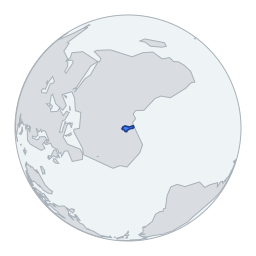 Benin highlighted on a globe, orthographic projection, rotated 254°
{"feature_id": "BEN", "entity_name": "Benin", "entity_type": "country or territory", "adm_level": 0, "iso_a3": "BEN", "parent_name": "Africa", "parent_adm1": "", "projection": "orthographic", "projection_center": [2.346, 9.3], "detail": "fine", "context": "on_globe", "style": "filled", "palette": "blue", "viewbox_px": 256, "rotation_deg": 254, "n_neighbors": 0, "source": "natural_earth", "source_scale": "50m", "svg_char_len": 9229}
<svg xmlns="http://www.w3.org/2000/svg" viewBox="0 0 256 256"><g transform="rotate(254 128 128)"><circle cx="128" cy="128" r="113" fill="#eef3f6" stroke="#a8b0b8"/><path d="M89.5,22.2L87.6,22.9L89.6,22.1L86.4,23.5L87.5,23.4L85.0,24.4L88.0,23.4L90.1,22.5L92.1,21.9L93.0,21.8L89.9,23.0L89.1,23.2L88.6,23.6L86.7,24.3L88.1,23.9L84.3,25.6L89.3,23.9L87.3,25.2L84.5,26.4L83.2,26.3L73.6,29.9L70.3,31.6L67.0,33.9L63.9,37.8L61.0,40.0L58.1,42.9L60.4,41.5L63.5,38.7L67.1,37.2L70.4,34.4L72.3,33.5L76.4,31.0L77.4,31.5L76.2,33.5L72.9,35.7L72.2,36.8L76.7,34.9L71.8,39.9L70.8,44.7L69.4,46.1L64.2,47.9L60.8,46.8L54.1,50.5L60.1,48.4L56.4,52.7L56.5,53.7L57.6,53.8L59.6,52.4L58.7,54.1L52.5,56.4L53.2,54.9L55.2,54.0L53.6,53.7L49.3,56.0L47.8,58.3L43.0,60.2L41.9,62.1L40.2,63.7L42.3,60.6L38.3,66.4L32.5,71.7L26.9,82.7L30.6,73.6L30.9,72.1L30.7,71.6L29.7,73.4L30.5,71.6L35.2,64.2L40.4,57.2L46.1,50.7L52.3,44.6L59.0,38.9L66.1,33.9L73.6,29.4L81.4,25.5L89.5,22.2ZM22.1,89.6L23.0,87.4L19.7,97.2L19.6,100.0L17.7,107.8L17.2,112.3L18.0,112.0L18.6,114.7L20.2,110.6L22.2,108.9L21.1,115.4L23.1,110.0L23.6,113.6L28.3,115.1L27.7,116.4L31.5,125.6L37.5,130.6L38.9,135.8L38.0,138.5L40.5,139.9L40.6,141.9L52.3,147.0L59.6,152.9L60.3,159.7L56.0,166.5L56.4,181.8L49.7,185.4L50.9,191.3L50.8,199.2L46.4,197.4L50.7,202.2L50.7,204.3L48.7,203.8L50.9,206.8L49.6,206.3L52.3,208.7L54.1,211.8L58.1,215.3L60.4,217.7L63.1,219.7L62.5,219.4L63.0,219.8L64.3,220.8L60.7,218.4L55.3,214.0L53.2,212.1L52.4,211.4L47.6,206.4L48.1,207.2L40.9,198.7L36.7,191.9L26.9,170.7L24.8,166.0L21.3,159.7L16.7,141.9L16.5,135.6L16.2,132.2L17.5,123.9L18.1,114.9L17.8,113.3L17.0,116.2L17.1,109.4L18.4,102.5L18.9,100.0L22.1,89.6ZM25.2,86.4L25.3,93.4L23.6,93.2L24.2,92.4L24.5,89.7L24.6,86.9L23.6,87.3L25.2,86.4ZM28.7,81.0L28.6,80.3L29.0,80.6L28.7,81.0ZM75.6,30.9L76.0,30.9L75.0,31.4L75.6,30.9ZM77.0,29.9L75.6,30.4L76.0,30.0L76.9,29.7L77.0,29.9ZM78.6,29.4L77.0,29.2L77.8,28.5L81.7,26.9L78.6,29.4ZM90.4,22.3L88.2,23.2L89.3,22.6L90.4,22.3ZM94.0,20.6L93.6,20.7L95.9,20.0L98.2,19.4L99.3,19.1L97.5,19.7L94.8,20.5L97.4,19.8L90.6,22.1L90.8,21.7L94.0,20.6ZM93.0,21.6L92.7,21.5L95.9,20.4L97.0,20.4L95.6,20.7L93.0,21.6ZM102.9,18.2L99.7,19.0L99.0,19.2L102.9,18.2ZM95.3,21.0L97.4,20.5L96.7,21.0L93.5,21.6L95.3,21.0ZM96.2,20.2L97.7,19.7L97.2,20.0L96.2,20.2ZM95.4,22.9L95.0,22.5L96.6,21.9L95.4,22.9ZM98.3,20.3L98.5,20.1L99.1,19.9L100.3,19.7L98.3,20.3ZM101.4,18.7L101.7,18.6L103.1,18.2L104.7,17.9L101.7,18.7L103.6,18.3L104.1,18.2L101.1,19.0L101.4,18.7ZM103.3,19.0L100.0,20.2L100.4,20.8L99.0,21.3L98.6,20.3L103.3,19.0ZM102.3,18.9L102.6,19.0L100.7,19.5L99.3,19.7L102.3,18.9ZM106.8,17.6L105.2,17.7L105.9,17.6L106.8,17.6ZM103.8,19.0L104.5,18.8L104.0,19.0L103.8,19.0ZM106.3,17.8L105.6,17.9L106.5,17.7L106.3,17.8ZM106.7,18.3L105.6,18.6L104.6,18.7L106.7,18.3ZM106.8,18.0L108.1,17.7L104.9,18.5L106.4,18.0L106.8,18.0ZM107.2,17.7L107.5,17.6L107.4,17.7L107.2,17.7ZM110.9,17.9L107.2,18.9L105.0,19.0L109.0,18.0L110.9,17.9ZM68.0,223.2L61.7,219.1L64.6,221.1L63.4,219.9L67.9,222.8L68.0,223.2ZM65.7,220.4L66.2,220.1L67.3,220.7L67.2,221.1L65.7,220.4ZM236.0,95.9L236.2,96.7L234.9,92.7L231.9,85.3L232.3,88.9L234.0,101.2L236.2,111.9L235.8,117.2L230.5,103.0L226.8,93.2L225.7,94.7L219.5,87.5L211.2,89.1L209.2,86.8L207.8,88.4L203.4,86.6L200.1,82.8L197.7,83.5L206.2,93.6L208.6,92.9L209.6,88.2L211.6,92.0L215.8,94.9L213.8,105.6L200.3,117.1L197.8,109.2L181.1,89.3L180.9,86.9L180.8,86.6L180.5,86.2L180.2,90.2L177.0,86.3L187.2,100.3L189.4,106.6L200.1,117.6L199.4,119.0L202.5,121.1L210.8,116.6L211.2,119.3L208.0,132.6L195.3,151.6L196.3,162.8L194.2,172.7L184.9,180.1L184.2,187.3L179.1,190.4L177.8,194.6L172.8,199.3L165.2,203.9L153.7,204.9L154.2,201.3L150.3,194.4L145.4,177.1L149.6,168.6L149.0,162.2L140.7,148.2L142.6,140.1L140.0,136.8L135.0,137.9L131.9,133.9L128.7,134.0L107.9,137.4L100.8,132.3L90.8,116.3L94.0,109.9L93.4,102.5L114.8,77.7L120.8,78.8L139.2,74.9L141.7,75.6L141.0,81.2L156.0,87.0L159.1,82.2L171.2,84.9L178.4,84.1L178.3,73.8L166.6,74.8L163.1,70.2L171.3,65.2L181.3,64.9L180.3,63.1L172.7,59.6L173.8,56.3L170.0,58.3L172.4,59.9L170.1,61.4L167.7,60.0L168.2,58.8L164.8,58.3L163.5,64.9L165.8,67.3L157.8,69.2L161.0,73.5L159.2,75.8L153.2,69.5L152.9,67.0L142.7,60.9L142.4,63.5L151.9,69.7L149.5,69.3L149.1,73.5L147.5,70.1L137.2,63.2L129.1,65.4L120.9,76.2L115.7,77.3L110.4,75.6L111.2,65.2L122.7,63.8L123.2,60.6L119.0,56.4L122.9,56.6L122.6,54.8L126.7,54.4L130.8,50.0L134.7,49.4L134.6,44.5L136.6,43.6L136.1,46.7L137.9,48.6L147.5,47.7L148.9,46.6L148.0,43.6L150.7,43.9L148.7,41.2L153.3,39.8L145.9,39.5L144.7,36.5L146.6,34.2L144.8,33.3L141.8,37.2L141.8,38.9L143.9,40.4L142.7,45.6L139.8,46.7L136.0,41.4L131.4,42.6L130.4,38.4L139.3,29.7L143.8,28.1L155.0,30.8L155.0,32.4L150.9,32.2L156.2,34.8L155.0,33.4L157.3,33.9L156.7,31.7L158.3,31.9L155.1,29.5L156.9,29.6L159.0,31.1L159.7,28.4L163.2,28.3L162.6,27.7L161.0,26.9L166.4,27.6L165.8,27.1L163.7,26.7L161.0,25.4L158.4,23.7L160.4,24.0L161.6,24.7L167.3,26.8L170.2,28.8L170.8,28.8L168.7,27.2L161.8,24.5L159.7,23.4L163.0,24.4L161.6,24.0L161.2,23.5L162.6,23.5L159.0,22.4L151.5,18.6L153.6,18.6L157.4,19.6L154.4,18.5L162.5,20.8L170.4,23.6L178.0,27.1L185.4,31.1L192.5,35.7L199.2,40.7L205.5,46.3L211.4,52.3L216.8,58.7L221.8,65.6L226.2,72.7L230.0,80.2L233.3,88.0L236.0,95.9ZM109.1,90.0L108.9,92.2L109.1,90.0ZM193.1,70.1L198.3,69.8L193.8,64.0L195.4,63.5L193.3,61.9L193.4,63.6L187.9,59.1L189.4,57.2L187.6,54.8L185.8,54.8L184.0,59.2L191.9,65.5L191.7,68.1L193.1,70.1ZM28.5,115.1L28.9,116.5L28.1,116.3L28.5,115.1ZM22.6,95.6L23.0,96.1L22.9,97.3L22.5,97.3L22.6,95.6ZM28.0,98.8L28.8,99.7L27.6,99.8L28.0,98.8ZM25.5,94.4L27.3,98.2L24.9,99.2L23.9,97.0L25.1,97.0L25.5,94.4ZM26.9,84.4L27.0,85.1L26.4,86.2L26.9,84.4ZM29.0,81.3L28.8,81.3L29.2,80.2L29.0,81.3ZM56.8,52.5L57.2,52.4L58.0,52.9L56.9,53.4L56.8,52.5ZM66.0,51.4L64.3,54.3L64.8,52.5L62.9,53.5L61.5,51.3L68.6,46.8L65.6,49.1L66.0,51.4ZM61.5,47.6L61.6,49.2L61.2,47.6L61.5,47.6ZM116.9,47.0L118.9,47.9L118.2,49.8L113.1,51.6L114.2,48.7L116.9,47.0ZM121.9,48.7L119.5,43.5L122.5,42.5L121.2,43.9L123.5,43.8L122.0,46.0L127.2,50.5L126.9,52.6L117.8,54.2L121.0,52.4L118.8,51.5L121.9,48.7ZM108.1,34.9L107.1,33.5L115.0,33.1L115.0,34.5L110.0,36.1L107.0,35.4L108.1,34.9ZM85.8,26.8L84.9,26.9L85.8,26.5L87.2,26.1L85.8,26.8ZM95.1,22.8L90.6,26.4L89.3,26.6L88.2,28.9L84.4,30.4L85.3,28.7L81.6,31.8L80.9,30.9L78.7,33.1L81.0,29.2L80.2,28.8L82.5,28.7L86.0,27.3L87.2,26.6L90.2,24.4L90.2,23.2L93.7,21.9L96.1,21.3L96.6,21.4L94.2,22.1L96.6,21.8L93.6,22.9L95.1,22.8ZM122.4,19.9L119.4,19.9L123.7,20.8L120.7,21.3L121.4,21.4L119.8,22.3L119.0,23.5L117.4,23.7L117.8,24.1L116.7,24.8L116.7,25.6L113.9,26.2L113.6,27.2L112.4,27.0L112.8,28.6L111.2,27.8L109.7,28.8L112.0,29.1L96.6,32.5L91.3,35.1L87.8,38.0L85.6,36.5L87.5,33.2L91.7,29.4L97.0,27.3L95.1,27.3L97.1,26.3L97.8,26.8L97.9,25.5L99.7,24.9L103.4,22.6L102.4,21.6L103.7,20.8L105.0,20.9L105.4,20.2L108.8,20.0L109.8,19.5L114.1,19.1L116.1,19.8L117.1,19.3L120.4,19.1L122.4,19.9ZM112.2,17.8L115.2,18.2L115.0,18.8L107.5,19.4L106.1,19.8L101.3,20.6L101.7,19.8L103.0,19.6L104.4,19.3L103.7,19.6L105.3,19.1L107.2,18.9L108.9,18.5L109.4,18.7L112.2,17.8ZM143.7,73.5L145.5,73.6L148.2,73.1L148.0,75.9L143.7,73.5ZM136.6,68.8L138.1,68.4L139.1,71.8L137.3,71.8L136.6,68.8ZM138.1,65.4L138.1,68.1L137.0,66.6L138.1,65.4ZM137.4,46.2L138.9,45.7L139.4,46.4L139.0,47.5L137.4,46.2ZM134.6,23.8L132.9,23.4L133.1,23.2L130.9,21.9L132.9,21.6L135.1,22.2L134.6,23.8ZM176.8,75.7L175.3,77.8L174.0,77.0L174.7,76.4L176.8,75.7ZM161.3,76.9L165.3,77.9L161.2,77.7L161.3,76.9ZM136.4,23.2L135.3,22.7L137.0,22.9L136.4,23.2ZM134.3,21.3L136.2,21.4L132.9,21.4L134.3,21.3ZM196.3,216.2L195.5,217.2L194.7,217.6L196.3,216.2ZM208.9,168.9L199.9,186.6L195.9,187.3L196.4,182.5L200.5,172.0L205.6,168.4L208.4,163.4L208.9,168.9ZM236.5,112.8L238.0,118.8L237.6,120.2L236.5,112.8ZM152.5,21.8L153.3,23.7L155.3,25.4L158.5,26.5L154.3,26.0L151.2,23.4L152.5,21.8ZM151.4,18.8L148.5,18.2L149.5,18.2L150.3,18.3L151.4,18.8ZM149.9,18.6L146.9,18.5L145.1,18.0L147.8,18.2L149.9,18.6ZM141.8,20.2L141.9,20.7L140.4,20.5L141.8,20.2Z" fill="#d9dde1" stroke="#a8b0b8" stroke-width="1"/><path d="M126.6,134.1L126.9,133.9L126.8,133.6L126.6,133.3L126.5,133.1L126.5,132.8L126.4,132.5L126.6,132.5L126.6,131.8L126.6,131.1L126.6,130.5L126.6,130.0L126.6,129.5L126.6,129.0L126.6,128.5L126.5,128.3L126.2,128.0L126.1,127.9L126.1,127.7L126.1,127.1L126.1,126.7L125.7,126.4L125.3,126.1L125.0,125.9L124.9,125.9L125.0,125.2L125.2,124.9L125.2,124.7L125.3,124.7L125.5,124.5L125.6,124.4L125.7,124.2L125.8,124.1L126.0,124.1L126.1,123.9L126.4,123.8L126.5,123.8L127.1,123.8L127.3,123.8L127.8,123.4L128.0,123.0L128.1,122.9L128.1,122.7L128.0,122.3L128.2,122.2L128.5,122.1L128.9,121.9L129.0,122.0L129.5,122.5L129.8,122.7L129.8,122.8L130.0,122.9L130.1,123.0L130.3,123.1L130.4,123.3L130.2,123.7L130.2,123.9L130.5,124.3L130.6,124.5L130.7,124.9L130.7,125.1L130.9,125.3L130.8,125.8L130.7,125.8L130.4,125.9L130.4,126.0L130.5,126.3L130.4,126.6L130.3,126.8L130.2,126.9L130.0,127.0L129.9,127.1L129.9,127.3L129.7,127.5L129.6,128.0L129.4,128.4L129.1,128.5L128.8,128.5L128.8,129.0L128.8,129.3L128.7,129.7L128.7,129.8L128.7,130.0L128.7,130.5L128.7,130.8L128.7,131.1L128.7,131.3L128.8,131.5L128.8,132.2L128.8,132.4L128.8,132.5L128.7,132.6L128.8,132.8L128.8,133.0L128.8,133.3L128.7,133.6L128.7,133.8L127.9,133.8L127.0,134.0L126.6,134.1Z" fill="#3b82f6" stroke="#1e3a8a" stroke-width="1.5"/></g></svg>